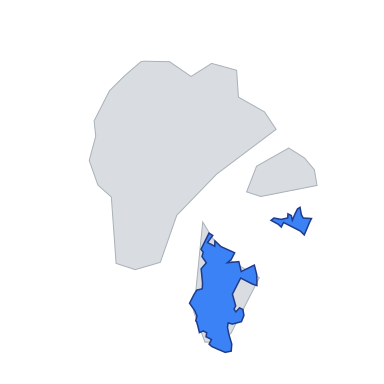 where Islands sits in Hong Kong S.A.R., rotated 297°
{"feature_id": "HKG-5170", "entity_name": "Islands", "entity_type": "state/province", "adm_level": 1, "iso_a3": "HKG", "parent_name": "Hong Kong S.A.R.", "parent_adm1": "", "projection": "natural_earth1", "projection_center": [113.979, 22.247], "detail": "fine", "context": "in_parent", "style": "filled", "palette": "blue", "viewbox_px": 384, "rotation_deg": 297, "n_neighbors": 0, "source": "natural_earth", "source_scale": "10m", "svg_char_len": 1603}
<svg xmlns="http://www.w3.org/2000/svg" viewBox="0 0 384 384"><g transform="rotate(297 192 192)"><path d="M155.4,105.2L156.8,103.6L173.4,86.1L198.0,80.9L210.9,72.5L244.7,72.5L265.4,79.3L284.9,87.3L286.8,89.9L297.9,112.9L294.5,138.7L315.5,151.1L320.7,176.5L297.6,190.3L296.3,220.2L286.0,238.5L219.3,205.9L164.4,189.0L115.0,195.7L97.0,176.6L93.9,156.8L150.9,122.4L155.4,105.2ZM146.2,290.9L84.0,290.9L70.6,284.8L64.1,271.7L86.1,247.9L170.1,215.2L149.1,249.6L146.2,290.9ZM267.4,290.9L254.6,300.4L219.2,255.3L216.9,240.6L244.3,237.8L275.1,258.2L273.4,276.7L267.4,290.9Z" fill="#d9dde1" stroke="#a8b0b8" stroke-width="1"/><path d="M68.0,299.2L64.2,294.4L63.6,286.3L63.3,279.7L64.2,276.3L69.4,276.3L69.4,270.2L73.3,269.0L73.3,265.2L70.1,262.4L70.4,262.2L74.9,258.3L78.6,254.9L78.9,253.8L83.7,252.8L87.4,248.5L91.8,240.3L101.5,240.3L106.8,240.8L110.4,245.1L115.7,242.7L127.7,235.0L135.4,236.9L139.0,230.2L143.5,229.3L145.1,226.0L163.1,225.8L162.7,230.2L154.0,228.8L154.0,236.9L158.9,234.6L156.5,242.5L157.2,257.6L149.6,257.6L145.0,255.6L151.2,265.3L143.5,272.0L155.2,280.7L147.5,287.4L138.1,292.3L137.4,287.9L137.4,274.4L131.4,274.4L126.5,274.4L119.3,274.4L110.4,282.6L106.8,282.6L105.1,285.5L110.4,287.0L110.4,290.7L105.6,294.3L98.9,294.9L92.6,287.9L91.8,283.6L87.4,285.1L82.1,289.3L74.5,296.5L68.0,299.2ZM218.5,310.5L204.7,311.5L206.4,306.2L206.4,287.4L201.3,287.5L202.4,283.6L202.6,275.3L206.0,276.8L208.1,283.9L212.4,289.1L216.1,287.4L216.1,291.2L212.4,294.2L218.9,293.7L224.8,293.7L227.4,295.2L221.4,299.8L219.3,302.9L222.6,310.5L218.5,310.5Z" fill="#3b82f6" stroke="#1e3a8a" stroke-width="1.5"/></g></svg>